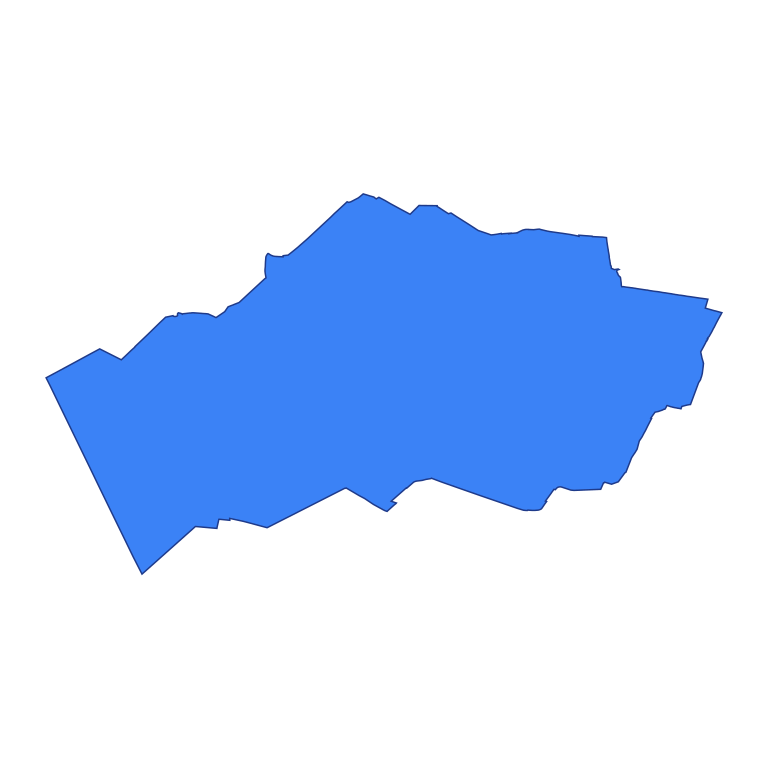 outline of Mārupes pag., Marupes, Latvia
{"feature_id": "27541924B47115385848599", "entity_name": "Mārupes pag.", "entity_type": "district", "adm_level": 2, "iso_a3": "LVA", "parent_name": "Latvia", "parent_adm1": "Marupes", "projection": "natural_earth1", "projection_center": [23.996, 56.885], "detail": "fine", "context": "isolated", "style": "filled", "palette": "blue", "viewbox_px": 768, "rotation_deg": 0, "n_neighbors": 0, "source": "geoboundaries", "source_scale": "gbopen_adm2", "svg_char_len": 5918}
<svg xmlns="http://www.w3.org/2000/svg" viewBox="0 0 768 768"><path d="M690.5,404.5L698.6,382.7L700.5,379.7L701.0,378.0L701.3,377.2L701.6,376.3L702.3,373.5L703.2,366.4L703.5,363.3L703.2,362.8L703.3,362.5L702.0,358.1L700.7,351.9L703.9,346.0L704.8,344.3L705.6,342.8L706.3,341.1L706.6,341.2L707.9,338.9L707.3,338.8L707.4,338.6L708.0,337.5L709.0,336.7L710.0,334.9L711.4,332.5L712.9,329.6L713.4,328.5L714.0,327.6L714.5,326.7L714.6,326.4L715.3,325.0L715.4,324.8L715.8,324.0L716.3,323.0L716.7,322.2L716.8,322.1L717.3,321.1L718.8,318.3L719.3,317.4L720.2,315.7L720.3,315.7L721.1,314.2L721.5,313.4L721.9,312.7L715.7,311.0L714.3,310.7L706.6,308.5L705.3,308.1L707.9,299.2L705.9,298.9L702.2,298.4L699.1,298.0L689.7,296.6L687.9,296.4L686.6,296.2L684.5,295.8L681.8,295.4L680.4,295.2L679.8,295.2L678.5,295.0L677.4,294.8L676.2,294.6L675.8,294.6L673.8,294.2L673.5,294.2L672.6,294.0L672.0,293.9L671.0,293.7L670.1,293.6L668.7,293.4L665.7,292.9L662.6,292.5L661.0,292.2L659.4,291.9L657.4,291.6L655.4,291.4L653.7,291.2L651.9,290.9L650.5,290.7L649.3,290.5L648.3,290.3L647.5,290.1L646.2,290.0L638.1,288.8L636.8,288.6L635.3,288.3L635.1,288.3L631.9,287.8L630.7,287.7L629.5,287.5L626.8,287.2L625.5,287.0L623.1,286.6L622.6,286.7L621.9,286.8L621.6,286.3L621.4,285.9L621.1,282.3L620.5,277.7L620.1,276.9L619.6,276.6L618.5,275.4L617.7,273.9L617.6,273.5L617.7,273.3L617.3,272.8L616.7,271.6L616.7,271.2L616.8,270.8L617.1,270.4L617.5,270.0L619.0,269.5L618.2,269.0L614.3,269.6L612.1,268.6L611.4,268.5L611.1,266.0L610.6,265.5L610.4,264.4L610.3,263.6L610.2,262.8L610.0,261.9L609.9,261.1L609.8,260.3L609.6,259.5L609.4,258.3L609.2,257.1L609.3,256.8L609.0,254.6L608.6,252.5L608.6,252.4L608.4,251.4L608.3,250.6L608.1,249.1L607.9,248.3L607.9,248.2L606.9,241.7L606.5,237.6L602.6,237.1L592.5,236.6L592.3,236.6L592.2,236.2L588.2,235.9L586.7,235.8L578.9,235.2L579.0,236.4L578.5,236.3L578.5,236.1L570.3,234.5L563.6,233.5L562.3,233.3L560.7,233.1L550.0,231.6L549.0,231.4L548.4,231.3L547.8,231.2L545.6,230.7L542.7,230.0L541.4,229.7L539.3,229.1L537.1,229.3L533.7,229.7L528.5,229.5L528.5,229.4L527.2,229.4L526.2,229.4L525.2,229.5L524.3,229.7L523.5,229.9L522.7,230.1L521.4,230.7L518.9,231.9L517.5,232.6L516.7,232.8L516.8,232.9L512.7,233.3L511.1,233.4L509.9,233.6L510.3,233.2L503.3,233.7L501.5,234.0L501.3,233.4L497.1,234.2L493.5,234.7L491.5,234.9L491.0,234.9L488.0,233.8L478.2,230.5L469.9,225.1L456.8,216.8L451.0,213.0L448.4,213.7L444.8,211.4L436.8,206.2L437.8,205.7L419.0,205.5L410.1,214.3L400.6,209.2L390.3,203.6L385.0,200.5L378.9,197.3L376.2,198.9L375.7,198.5L374.7,197.8L374.1,197.2L373.7,197.0L369.8,195.9L367.0,195.0L363.2,193.9L361.9,195.0L359.6,196.9L358.8,197.5L358.1,198.0L356.4,198.9L350.8,201.8L348.8,202.4L347.1,201.8L337.3,210.9L334.4,213.5L331.0,216.9L330.9,217.0L308.1,238.2L307.9,238.4L297.3,247.7L293.9,250.5L288.1,255.1L283.1,255.7L283.0,256.0L283.1,256.8L282.7,256.8L281.0,256.7L278.4,256.6L277.1,256.5L276.4,256.5L275.9,256.4L275.1,256.4L274.4,256.3L273.4,256.1L273.0,256.0L272.3,255.7L271.4,255.4L270.7,255.0L270.1,254.7L269.7,254.4L268.7,253.7L268.1,253.5L267.8,253.6L267.7,253.8L267.2,254.4L266.8,255.0L266.5,255.5L266.3,256.0L266.0,256.6L265.9,257.1L265.8,257.8L265.5,261.5L265.4,263.5L265.3,266.6L265.0,269.6L265.0,271.4L265.3,273.8L266.0,277.9L264.7,278.8L239.1,302.5L228.1,306.8L224.7,311.7L216.0,317.6L212.7,316.0L208.7,314.2L208.1,313.9L207.7,313.9L207.1,313.8L205.0,313.6L204.4,313.6L201.4,313.4L201.2,313.3L200.6,313.3L196.5,313.0L195.0,312.9L194.3,312.9L193.9,312.8L193.3,312.8L192.1,312.8L190.7,313.0L189.8,313.0L189.2,313.1L188.1,313.2L187.3,313.3L186.6,313.4L186.4,313.4L186.2,313.4L185.7,313.5L184.6,313.6L183.5,313.7L183.2,313.8L182.9,313.8L182.7,313.9L182.3,314.2L182.1,313.8L180.5,313.3L179.7,313.1L178.4,312.8L177.7,313.4L177.5,313.9L177.5,314.5L177.6,315.4L176.8,316.2L175.4,316.5L174.8,316.5L173.5,316.3L172.9,315.8L172.9,315.7L165.6,317.2L163.1,319.6L159.7,322.8L159.4,323.1L147.3,334.9L134.6,347.0L135.2,346.8L131.2,350.4L128.4,353.1L126.1,355.3L125.8,355.6L121.4,359.7L121.3,359.8L99.7,348.9L91.3,353.4L70.1,364.9L46.1,377.8L50.0,385.5L60.3,406.8L72.0,430.9L78.9,445.1L89.4,466.7L96.2,480.8L109.3,507.8L123.1,536.1L133.1,556.7L142.0,574.1L195.3,526.6L195.5,526.5L216.9,528.4L217.2,526.7L218.3,521.9L218.8,519.5L218.9,519.3L219.7,519.3L229.8,520.3L229.7,518.4L243.2,521.3L245.9,522.0L248.2,522.6L267.1,527.7L344.7,488.3L345.3,488.3L346.2,488.0L354.9,493.1L359.3,495.7L364.6,498.5L373.4,504.4L383.2,509.8L383.8,510.1L385.0,510.7L387.1,511.4L387.4,511.1L387.7,510.8L394.5,504.7L394.9,504.4L395.6,503.8L395.8,503.7L396.4,503.0L392.8,501.8L391.2,501.2L406.3,487.9L406.7,488.2L413.7,482.1L415.0,481.5L416.4,481.1L422.2,480.4L425.9,479.4L430.9,478.6L431.4,478.2L441.8,482.1L461.7,489.1L479.7,495.4L499.2,502.1L517.2,508.3L523.4,510.2L525.2,510.4L527.3,510.5L527.8,510.1L530.8,510.3L532.3,510.4L533.7,510.4L534.9,510.4L536.0,510.3L537.3,510.2L538.3,510.1L539.1,509.9L539.9,509.6L540.4,509.4L541.0,509.1L541.4,508.8L541.7,508.5L542.4,507.5L543.5,505.9L544.5,504.4L545.8,502.6L546.6,501.5L545.4,501.1L545.7,500.7L551.2,493.2L551.5,492.7L553.6,489.8L553.7,489.6L554.0,489.3L555.3,489.7L556.7,488.1L558.0,487.2L560.0,486.8L561.4,487.0L570.9,490.1L574.0,490.4L600.7,489.3L603.5,482.9L603.9,483.0L604.7,482.2L608.8,483.4L611.6,484.2L618.3,481.8L624.9,472.8L625.9,472.3L631.6,457.7L632.2,456.8L632.7,456.0L633.7,454.5L635.1,452.5L637.1,449.2L639.3,441.0L642.1,436.8L643.8,433.5L645.4,430.7L646.1,429.3L647.5,426.4L651.6,418.4L650.8,418.1L655.0,412.2L656.8,411.8L658.3,411.5L658.9,411.3L660.2,410.8L660.9,410.6L662.6,410.0L664.0,409.2L664.4,409.3L664.9,409.2L665.7,408.0L666.3,406.9L666.7,405.9L666.8,405.7L667.1,405.5L667.7,405.7L668.4,405.9L669.5,406.3L670.4,406.6L670.8,406.7L671.1,406.8L671.7,406.9L672.4,407.1L673.1,407.3L675.0,407.7L675.7,407.8L676.4,407.9L677.1,408.1L679.1,408.4L679.8,408.5L680.0,408.6L681.0,408.8L681.7,406.8L681.9,406.4L686.9,405.1L690.1,404.5L690.5,404.5Z" fill="#3b82f6" stroke="#1e3a8a" stroke-width="1.5"/></svg>